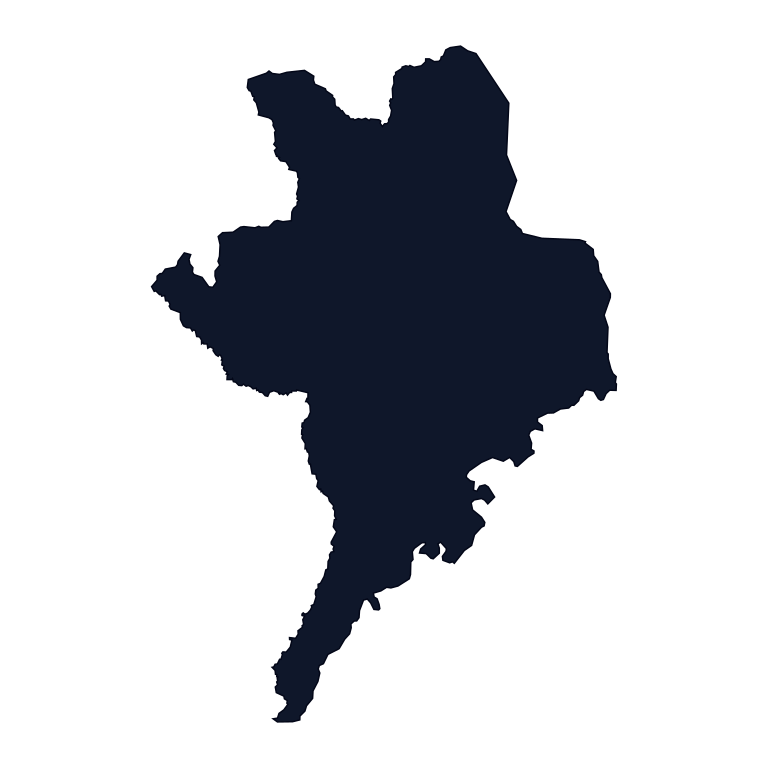 Kasama, Northern, Zambia (Natural Earth projection)
{"feature_id": "96606910B49131847475849", "entity_name": "Kasama", "entity_type": "district", "adm_level": 2, "iso_a3": "ZMB", "parent_name": "Zambia", "parent_adm1": "Northern", "projection": "natural_earth1", "projection_center": [30.808, -10.551], "detail": "fine", "context": "isolated", "style": "filled", "palette": "ink", "viewbox_px": 768, "rotation_deg": 0, "n_neighbors": 0, "source": "geoboundaries", "source_scale": "gbopen_adm2", "svg_char_len": 6083}
<svg xmlns="http://www.w3.org/2000/svg" viewBox="0 0 768 768"><path d="M273.1,718.8L277.4,721.9L292.6,721.7L299.8,719.9L299.9,716.1L304.9,711.1L306.5,705.8L312.6,698.4L313.0,690.9L317.9,681.5L319.8,673.0L318.2,669.0L319.3,665.5L323.4,663.7L327.9,654.4L339.1,648.7L344.7,639.2L349.6,633.8L351.2,627.8L350.9,624.0L354.2,621.0L356.7,620.9L359.0,617.7L359.5,610.6L363.5,600.1L367.3,599.0L370.7,602.9L373.9,609.4L378.6,609.9L379.8,608.7L379.1,604.4L377.1,598.8L374.1,597.0L373.4,593.1L380.9,590.9L386.6,587.3L390.9,587.9L398.0,586.0L409.3,578.8L410.5,574.5L410.8,562.0L413.0,559.5L412.3,551.7L414.4,548.3L421.8,542.8L425.3,542.5L425.5,544.7L420.7,549.0L419.5,553.0L426.2,553.6L430.9,558.2L433.2,558.8L439.3,553.2L439.3,548.1L437.9,543.9L440.6,542.1L446.4,548.6L446.0,551.4L442.4,556.4L442.9,560.3L449.7,562.8L452.5,561.8L454.3,563.3L464.3,550.5L471.6,545.4L474.5,534.8L481.5,527.2L484.1,525.9L484.8,522.4L481.5,517.2L472.6,509.9L471.1,502.8L474.2,499.9L481.5,498.5L484.6,500.1L487.8,503.9L494.6,497.0L488.2,486.9L485.0,484.9L479.7,486.2L476.8,491.3L473.5,490.1L474.2,481.8L470.2,480.8L466.3,477.3L466.5,474.7L469.0,471.0L481.4,462.4L492.5,457.5L503.3,461.2L509.6,457.4L513.8,461.6L515.1,465.9L517.4,466.4L528.0,456.9L533.9,453.2L534.0,451.0L531.1,449.3L531.6,443.1L528.7,435.1L530.3,431.4L534.9,428.8L542.6,430.6L542.2,425.6L537.5,422.0L537.5,418.0L547.5,413.1L553.5,412.9L560.4,409.0L568.7,408.0L571.6,405.2L573.9,405.3L578.6,400.8L579.6,397.6L582.6,395.2L583.6,391.5L586.4,389.4L593.9,391.1L598.4,398.7L600.8,400.3L603.4,399.5L606.1,393.6L609.7,390.2L616.1,390.4L616.4,384.0L615.3,382.6L616.2,376.6L613.0,373.7L610.9,369.0L608.2,358.8L608.2,354.0L607.0,352.6L608.0,327.2L604.1,315.2L610.3,297.5L610.4,293.7L601.8,277.6L601.3,274.6L599.0,272.0L597.7,261.4L593.7,255.7L593.2,249.4L584.9,243.0L585.5,241.7L579.5,239.8L541.9,238.3L522.4,233.5L520.8,229.5L516.6,226.4L513.4,221.3L510.2,219.5L506.0,211.6L516.6,180.4L506.5,155.0L508.8,103.1L476.0,53.6L467.6,50.8L460.6,46.1L450.2,47.6L445.8,49.9L443.4,55.9L441.2,57.0L440.7,59.6L438.9,61.3L434.2,61.6L429.4,58.9L425.7,58.9L425.6,61.8L421.4,65.8L414.0,67.3L409.9,65.5L408.7,66.5L405.8,65.8L402.1,67.1L401.9,68.5L395.6,72.4L395.7,74.5L393.7,76.9L394.0,83.6L392.3,88.5L392.8,98.0L391.8,99.4L390.8,98.9L389.6,101.1L390.7,102.9L389.7,105.3L391.6,110.3L390.6,116.1L388.6,119.5L388.6,122.0L387.2,123.6L384.5,123.8L382.4,126.5L380.1,123.2L380.7,121.1L378.9,119.8L370.6,119.0L369.2,120.5L365.7,118.3L361.7,119.6L358.4,118.6L354.5,120.1L353.4,118.9L350.2,119.0L348.4,115.9L345.4,115.1L342.3,110.7L341.2,111.0L338.5,107.5L336.2,107.0L335.1,105.0L334.7,99.2L332.5,97.0L332.6,95.4L326.1,90.9L325.4,88.8L314.8,84.2L313.4,80.0L313.8,76.2L304.5,70.4L286.9,72.3L279.5,74.4L272.3,73.5L269.0,71.0L266.4,73.2L248.3,79.5L247.3,87.5L249.1,90.6L250.9,91.2L252.7,96.3L254.3,96.7L253.8,99.9L256.3,102.7L258.9,112.1L258.3,114.9L268.8,117.7L272.0,119.6L273.4,122.9L273.0,125.3L275.8,130.8L274.6,132.3L275.4,141.5L273.8,144.3L277.0,147.9L274.5,150.5L276.0,155.0L277.1,155.4L276.6,156.3L279.5,157.5L278.7,158.5L280.6,160.8L285.9,161.6L289.5,167.2L288.8,169.4L296.3,171.1L297.4,172.6L297.9,177.3L299.4,178.7L297.8,182.3L298.5,187.0L296.6,194.0L297.6,196.1L296.9,198.9L299.0,200.4L297.2,202.2L297.1,205.5L293.6,208.3L291.9,212.0L291.4,220.7L282.9,221.7L277.4,220.5L274.4,221.4L268.8,227.1L260.8,227.3L258.8,226.3L255.0,227.8L243.9,226.6L240.5,227.1L233.1,232.2L222.5,232.7L218.2,236.5L220.1,244.7L219.5,256.3L218.0,261.3L219.8,265.2L215.1,271.0L215.0,276.0L216.7,281.8L212.8,287.3L208.8,286.8L202.1,277.4L193.9,274.5L192.4,272.1L192.9,267.7L189.9,264.0L189.0,259.3L190.7,254.6L184.3,252.9L178.1,261.2L177.5,264.7L175.6,267.1L165.3,269.1L162.3,273.4L159.9,273.7L157.1,276.2L157.1,280.2L151.6,286.6L154.2,291.4L155.9,290.9L159.5,294.6L160.8,294.3L161.7,296.2L164.7,295.5L165.6,300.8L168.5,301.0L170.1,304.4L169.2,306.1L170.9,309.1L180.3,312.6L180.4,319.3L183.4,325.8L186.5,327.6L190.5,327.9L192.3,331.0L193.6,329.9L195.3,330.6L196.7,336.5L199.6,336.9L201.5,340.0L201.6,343.8L203.3,342.6L203.8,343.9L207.2,344.0L207.8,348.2L210.1,346.8L213.4,348.5L213.1,350.7L215.8,354.7L218.2,356.3L219.5,354.7L220.6,355.4L222.1,358.3L221.4,360.1L222.4,360.3L221.8,364.9L224.2,366.2L223.4,368.4L224.6,370.5L227.4,371.8L226.2,374.1L228.3,374.5L227.2,375.8L227.0,379.6L231.8,379.6L232.5,378.6L233.4,381.7L235.8,382.2L238.7,385.3L241.8,385.6L243.4,384.1L246.1,386.2L248.3,385.5L250.8,386.7L253.1,388.9L256.2,388.2L256.7,390.5L258.1,390.0L259.4,392.1L262.4,392.5L265.2,395.7L267.7,396.3L269.5,392.3L273.8,390.7L279.3,392.7L278.7,393.5L279.6,394.3L281.0,393.5L283.2,394.7L286.1,392.9L287.5,395.1L289.6,392.5L291.6,392.4L291.7,391.0L296.4,391.0L296.6,390.0L308.0,392.7L307.9,398.7L307.0,398.4L305.7,401.6L307.4,401.8L309.9,405.2L310.4,412.2L308.1,417.7L304.6,420.2L304.0,422.6L302.2,423.1L301.8,427.0L302.9,427.7L301.8,429.9L301.6,434.3L302.6,434.6L301.9,438.0L305.3,443.5L305.0,448.8L306.3,448.6L307.4,452.0L308.7,452.3L309.3,455.8L308.3,461.0L309.3,464.1L310.4,464.1L312.1,473.8L315.9,474.2L316.7,478.7L318.2,480.6L316.9,486.4L319.4,489.6L320.7,489.0L321.1,491.8L322.5,491.2L323.2,493.5L328.3,496.9L329.4,500.9L333.7,505.8L333.0,508.2L334.8,510.7L334.6,515.8L336.3,519.3L334.4,519.6L333.3,526.8L336.7,531.8L331.2,542.1L331.3,544.0L334.1,546.3L333.1,549.0L333.9,551.6L331.2,552.1L329.5,554.8L329.9,558.2L328.1,561.4L327.8,568.9L325.8,569.9L324.2,576.4L320.5,583.3L318.1,584.3L318.2,588.3L315.8,590.1L315.3,594.0L316.2,596.7L313.8,604.5L311.3,605.6L311.8,607.1L310.3,610.2L307.6,613.2L304.9,614.2L303.2,612.9L302.0,614.1L302.0,615.5L304.6,616.2L302.8,619.7L303.6,624.5L302.1,625.7L302.4,627.4L298.0,630.7L298.2,634.2L295.6,638.3L289.5,637.6L289.6,639.5L291.9,640.1L290.3,647.1L286.2,652.1L282.9,651.9L281.8,653.3L282.4,654.6L281.0,659.3L279.6,659.3L277.4,663.9L275.1,664.3L273.8,666.9L272.1,667.3L275.1,670.4L275.5,674.3L276.9,674.6L276.7,676.8L278.0,677.0L277.2,678.8L277.8,680.4L276.7,682.0L277.6,684.8L275.3,687.0L276.3,692.6L283.9,696.1L284.4,698.8L287.3,700.5L286.9,703.2L287.9,704.3L283.8,709.9L279.0,713.4L277.5,718.1L273.1,718.8Z" fill="#0f172a" stroke="#020617" stroke-width="1.5"/></svg>